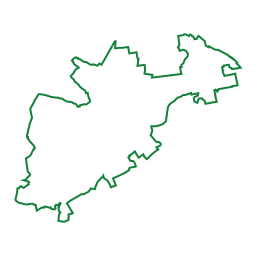 outline of Vandzenes pag., Talsi, Latvia
{"feature_id": "27541924B44124722370544", "entity_name": "Vandzenes pag.", "entity_type": "district", "adm_level": 2, "iso_a3": "LVA", "parent_name": "Latvia", "parent_adm1": "Talsi", "projection": "mercator", "projection_center": [22.859, 57.331], "detail": "fine", "context": "isolated", "style": "outline", "palette": "green", "viewbox_px": 256, "rotation_deg": 0, "n_neighbors": 0, "source": "geoboundaries", "source_scale": "gbopen_adm2", "svg_char_len": 5533}
<svg xmlns="http://www.w3.org/2000/svg" viewBox="0 0 256 256"><path d="M36.8,210.6L42.0,207.5L44.3,207.6L44.6,206.6L45.6,206.8L46.0,206.6L49.4,207.7L50.3,207.4L50.3,207.7L51.2,208.5L51.6,209.0L52.3,209.0L54.5,209.5L55.6,208.3L55.0,206.7L55.3,205.6L55.8,205.0L56.0,204.8L58.1,205.5L58.4,204.7L59.1,203.7L59.3,203.5L60.0,203.0L60.5,203.3L60.2,204.1L59.0,207.0L58.7,206.8L58.5,208.0L58.5,208.5L58.7,209.3L58.8,210.3L59.1,211.0L59.2,211.6L60.4,212.5L59.5,213.6L59.0,214.9L58.4,220.8L62.6,221.6L62.9,221.6L64.1,221.8L68.5,219.9L68.4,219.7L68.4,218.1L68.9,216.9L68.4,214.5L72.8,213.2L67.2,203.7L66.9,203.5L67.7,202.7L69.8,201.0L72.7,199.3L72.9,199.2L79.5,195.4L81.4,194.2L84.0,194.1L88.2,191.9L90.2,189.7L90.8,188.5L94.9,189.1L95.3,187.9L95.7,185.9L96.3,185.1L96.8,183.6L98.0,181.3L99.1,180.5L99.9,179.3L103.2,176.2L103.3,175.8L103.5,176.2L103.6,177.3L104.2,178.3L104.6,178.7L105.4,179.1L106.8,180.0L107.5,180.7L108.0,181.4L108.7,182.8L110.0,184.9L110.4,186.1L111.0,187.3L115.9,185.4L115.2,183.9L113.0,178.4L114.1,177.8L116.7,176.7L120.2,175.1L125.6,172.5L126.5,171.8L128.9,170.3L128.7,170.1L129.6,167.8L135.5,166.6L135.9,166.4L135.5,165.6L135.3,164.4L134.0,161.8L133.2,161.1L130.4,160.9L128.4,157.3L130.1,155.9L129.6,155.4L132.6,153.4L134.8,151.4L138.6,157.7L138.9,157.6L143.2,154.3L144.3,156.3L144.4,157.0L144.5,157.1L145.3,157.5L146.7,159.2L146.8,159.2L149.1,157.1L151.8,154.3L156.9,150.2L157.3,149.9L158.0,149.8L158.3,149.5L156.8,148.1L156.4,147.3L158.5,146.4L159.6,146.2L160.6,144.7L160.8,144.0L160.2,143.0L159.3,142.3L157.9,141.9L157.1,142.2L156.0,141.6L150.6,135.2L151.7,132.7L152.3,130.2L152.2,129.6L152.1,129.1L151.4,127.9L151.4,126.2L154.2,126.3L155.4,126.3L156.8,126.0L161.2,124.8L162.0,124.5L162.5,124.2L165.5,121.8L165.9,121.1L166.0,120.7L167.6,109.3L167.8,108.1L168.1,107.0L168.5,106.1L169.1,104.9L169.6,104.4L171.0,103.2L172.0,102.4L174.6,100.9L175.1,100.3L175.9,99.3L177.4,97.9L178.0,97.5L180.8,96.7L181.3,96.4L182.5,95.4L183.0,95.1L183.5,95.0L185.1,95.0L185.7,94.9L188.0,94.0L191.1,93.0L191.4,94.6L198.3,93.2L198.2,94.0L197.8,95.0L197.9,95.5L194.5,97.1L194.3,97.4L193.9,98.3L194.3,101.4L197.3,102.9L198.7,98.7L201.7,98.3L202.5,98.9L202.6,99.4L203.5,99.8L204.7,101.0L205.0,102.0L205.3,103.5L205.4,103.8L216.7,101.7L216.1,99.2L216.0,98.8L215.1,95.2L215.4,95.3L215.2,93.9L214.4,90.1L215.8,89.8L216.6,90.6L217.2,91.6L217.7,91.1L217.4,90.6L217.6,90.7L218.3,90.1L218.4,89.2L231.8,86.8L231.7,86.4L233.2,86.0L233.3,86.2L233.6,86.0L237.6,85.3L235.7,75.9L235.3,73.7L233.1,74.2L224.4,75.9L224.2,75.1L223.0,72.5L222.7,71.3L223.2,70.3L222.6,69.7L222.5,69.1L222.1,67.5L222.2,67.4L222.3,66.9L223.6,66.8L223.7,65.6L228.8,64.8L229.5,67.2L230.7,68.0L231.4,67.9L232.0,68.4L232.2,69.1L240.6,67.8L239.7,66.6L239.5,66.2L236.6,63.5L237.1,63.0L237.3,62.6L236.4,62.0L235.3,60.7L234.8,60.4L234.3,59.7L234.0,59.4L233.8,59.5L233.2,59.3L232.8,58.6L232.7,58.3L232.5,58.1L232.3,58.0L231.7,58.2L231.4,58.0L231.4,57.3L231.3,57.2L229.8,57.0L229.5,56.7L229.3,56.3L229.3,56.2L228.7,55.9L228.6,55.5L224.4,53.1L218.5,50.1L214.7,49.5L209.0,46.3L208.4,47.3L205.6,45.4L205.4,43.9L205.0,42.3L204.8,41.2L198.6,35.9L197.9,36.5L197.0,38.0L197.0,38.3L196.9,38.8L194.5,39.2L194.2,38.3L192.9,36.2L192.0,36.1L191.8,35.4L190.8,34.8L190.0,34.5L189.1,36.0L186.0,34.5L184.3,34.2L183.9,34.7L181.9,35.4L178.2,36.0L179.2,43.3L179.3,45.3L177.9,47.2L178.8,48.2L178.6,48.6L179.4,49.6L179.7,50.8L183.6,49.7L186.2,51.0L187.5,53.3L187.9,53.5L187.7,56.1L187.0,57.2L184.9,59.3L183.4,63.2L182.5,63.9L182.0,64.5L181.4,64.9L181.6,65.8L181.7,66.9L180.1,67.1L180.8,71.7L181.4,74.0L152.0,77.6L152.4,74.8L149.5,74.5L144.5,73.7L145.1,69.4L144.6,64.9L137.5,65.8L138.5,58.9L137.8,58.9L137.2,56.9L136.5,52.3L129.3,53.4L128.7,50.2L128.2,47.0L122.3,47.8L120.5,47.8L115.1,48.3L115.2,46.5L115.6,41.3L114.8,41.4L101.5,64.8L99.3,63.5L98.0,65.3L97.9,65.2L96.7,65.5L96.0,65.2L95.9,65.3L95.0,64.8L93.1,64.3L92.9,64.3L92.2,64.9L90.2,64.5L89.7,64.4L88.9,63.7L86.2,62.0L85.2,62.1L84.6,61.9L82.5,61.2L81.7,60.5L80.5,59.5L79.2,59.1L78.9,58.9L78.1,58.0L77.5,58.6L76.0,57.3L75.2,57.5L73.7,58.5L72.3,60.0L71.9,60.5L73.1,61.6L72.8,62.1L74.2,63.9L74.3,64.3L76.8,66.0L78.7,67.7L75.9,69.1L73.8,72.4L73.6,73.1L70.7,76.1L71.0,76.8L72.0,78.0L73.1,78.9L73.8,79.5L74.7,81.6L75.6,82.1L78.6,84.8L80.4,87.2L85.3,90.8L86.0,93.2L87.7,92.9L87.7,93.6L88.2,95.8L88.7,97.5L89.5,99.4L90.1,100.9L90.1,101.5L86.9,104.1L86.4,104.3L85.5,104.5L84.1,104.3L83.4,104.5L83.4,104.4L82.7,104.6L79.8,105.3L79.7,106.6L78.7,106.5L78.2,106.8L78.0,106.5L77.6,106.6L76.3,104.4L74.6,103.5L74.0,103.6L72.0,102.3L70.5,101.9L67.4,101.6L64.0,100.1L62.6,98.7L60.8,98.5L60.1,98.5L58.6,97.8L51.6,97.1L49.7,96.4L44.6,94.9L40.0,94.2L38.6,94.2L38.5,94.3L37.6,95.7L36.8,97.1L36.6,97.6L36.2,98.2L35.8,98.7L34.8,99.7L34.7,100.0L34.7,100.7L34.6,100.9L30.3,108.9L30.2,109.2L30.3,109.6L32.0,117.6L32.0,117.9L31.9,118.1L30.3,122.3L29.4,124.7L29.3,126.0L27.9,131.4L27.9,132.5L27.8,132.8L27.7,133.0L27.4,133.5L27.2,134.0L27.0,136.6L27.7,136.6L28.0,136.8L27.6,137.7L27.6,138.3L28.3,138.9L28.2,139.1L29.4,140.7L30.9,142.5L33.6,145.4L34.8,147.7L34.2,149.3L33.5,149.2L31.5,153.4L30.4,155.5L25.9,158.5L27.5,169.7L27.7,171.3L27.8,171.6L27.9,171.8L29.5,173.5L30.1,174.4L30.0,175.0L29.7,175.5L27.2,177.8L26.3,179.1L25.7,179.6L23.6,180.3L28.0,181.3L29.1,182.3L28.5,182.7L28.4,184.3L28.5,184.4L23.6,187.9L20.9,186.1L19.6,187.2L19.0,188.2L17.5,188.3L17.0,192.9L15.4,199.9L15.5,200.2L16.7,201.3L18.5,202.6L25.2,204.3L26.4,204.5L32.3,203.7L34.1,204.4L34.2,204.9L35.1,204.8L35.7,205.0L35.7,205.5L36.1,207.0L36.5,209.4L36.8,210.6Z" fill="none" stroke="#15803d" stroke-width="2"/></svg>